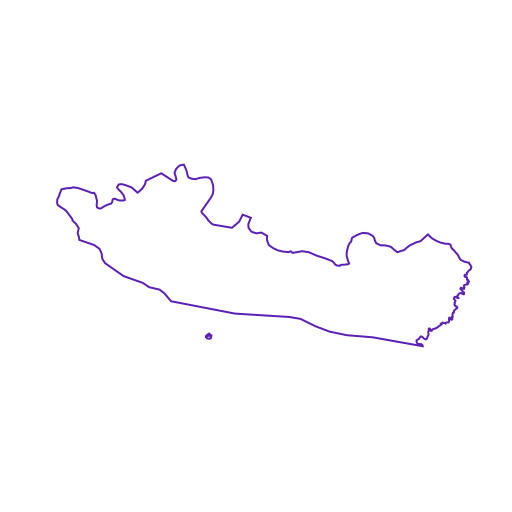 Tartous, Tartus, Syria (Equal Earth projection), rotated 296°
{"feature_id": "27442178B78381061793998", "entity_name": "Tartous", "entity_type": "district", "adm_level": 2, "iso_a3": "SYR", "parent_name": "Syria", "parent_adm1": "Tartus", "projection": "equal_earth", "projection_center": [36.016, 34.849], "detail": "fine", "context": "isolated", "style": "outline", "palette": "violet", "viewbox_px": 512, "rotation_deg": 296, "n_neighbors": 0, "source": "geoboundaries", "source_scale": "gbopen_adm2", "svg_char_len": 6001}
<svg xmlns="http://www.w3.org/2000/svg" viewBox="0 0 512 512"><g transform="rotate(296 256 256)"><path d="M350.8,401.1L341.8,397.5L340.9,396.8L338.4,393.9L332.9,389.5L329.3,387.8L326.0,386.4L324.9,384.9L321.4,381.5L322.2,377.4L323.3,373.7L323.0,370.5L321.9,366.8L320.2,363.3L320.2,358.5L321.9,356.2L324.3,354.1L325.3,351.8L325.5,346.9L323.6,341.9L321.5,339.7L319.1,337.6L314.9,334.6L313.9,334.4L310.8,335.2L308.5,334.5L305.4,334.5L299.3,335.8L295.9,337.4L292.9,340.0L290.0,343.0L289.0,342.4L286.6,338.7L285.3,336.2L283.8,335.5L282.9,332.5L283.1,330.8L283.9,329.4L284.8,326.8L284.2,319.2L282.9,310.1L282.6,301.9L280.5,295.3L278.5,292.6L274.8,287.4L275.5,285.2L273.7,283.5L271.7,278.0L270.6,272.8L270.6,267.9L271.4,262.8L275.3,258.7L279.0,257.2L279.4,250.6L276.6,246.5L275.9,242.4L276.0,240.8L278.1,236.9L281.3,235.1L288.1,234.6L287.3,225.9L285.4,225.9L279.6,225.8L275.5,224.1L270.8,222.0L265.5,203.9L265.6,201.9L267.0,197.8L268.9,194.4L271.1,188.5L272.2,187.3L288.0,189.8L292.2,190.1L296.4,188.9L301.1,186.2L305.2,182.0L305.7,178.9L304.4,175.6L301.5,171.1L298.5,167.9L297.2,164.2L297.0,161.2L297.7,159.9L302.7,155.7L306.5,151.1L305.3,149.4L303.8,147.6L301.3,146.7L299.0,146.0L297.0,146.2L295.4,146.2L294.5,146.8L291.5,149.6L289.9,150.9L288.4,150.8L287.7,150.3L287.1,148.5L288.8,134.6L275.3,124.0L271.9,124.8L267.2,124.3L263.0,122.8L261.0,121.7L263.1,114.2L262.5,107.6L261.7,103.7L260.2,101.4L258.3,101.0L256.8,101.0L255.6,103.0L254.4,106.7L252.6,110.3L250.0,112.9L248.9,113.5L248.0,112.7L246.9,111.0L245.8,107.9L245.6,105.9L245.8,104.8L245.0,102.9L243.9,102.4L242.6,102.8L241.4,103.0L239.8,103.0L236.7,99.8L233.4,97.3L231.1,96.0L230.3,95.1L229.9,93.6L230.0,91.8L232.0,90.4L235.9,89.0L238.1,87.0L240.4,85.2L241.8,82.8L240.7,80.9L240.4,77.0L239.0,65.7L238.3,63.9L237.6,61.6L235.7,59.5L234.4,56.9L230.7,51.9L225.7,52.3L223.7,52.7L219.8,52.6L216.6,53.9L215.0,55.3L214.4,58.6L213.8,63.7L213.2,66.0L208.6,74.8L207.4,75.6L205.9,80.3L203.3,84.5L198.3,85.7L195.8,88.2L193.0,90.2L194.9,105.7L193.9,112.1L190.6,116.1L186.1,119.1L183.4,123.5L179.9,145.8L182.2,166.1L181.1,173.5L183.5,184.0L182.3,190.0L178.1,199.5L195.0,262.3L215.8,312.7L219.0,323.6L218.9,340.0L220.3,355.4L224.6,372.3L234.0,396.3L248.0,445.4L248.6,445.0L249.0,444.5L249.2,443.7L249.1,443.0L248.6,441.6L248.1,440.7L248.2,439.4L248.7,438.4L249.2,438.1L249.6,437.8L250.2,437.4L250.8,437.4L251.3,437.6L251.7,437.9L252.2,438.4L252.9,438.8L253.6,438.9L254.4,438.9L256.0,439.5L256.2,440.0L256.2,440.8L256.0,441.7L255.5,442.9L255.4,443.6L255.5,444.9L255.6,445.3L256.0,445.7L256.7,445.7L257.3,445.7L258.5,445.6L259.4,445.5L259.9,445.7L261.3,445.4L262.3,444.7L262.8,444.3L263.5,444.0L264.5,444.0L265.0,443.9L265.4,443.8L265.8,443.7L265.9,443.3L266.5,443.2L266.8,443.4L266.9,443.7L266.9,444.1L266.5,444.5L266.3,445.0L265.8,445.2L265.4,445.3L265.4,445.9L265.6,446.5L266.2,446.8L267.1,446.8L267.5,447.0L268.0,447.3L268.5,447.7L269.2,448.8L270.0,449.3L270.9,450.1L271.5,450.3L272.3,450.9L273.2,451.1L274.2,451.8L274.6,452.1L275.9,452.7L276.0,452.4L276.3,451.9L277.0,452.5L277.9,452.9L278.1,453.3L278.1,454.3L278.5,455.2L278.8,455.6L278.8,455.8L278.6,456.0L279.1,456.2L279.7,456.3L279.9,456.6L280.3,457.1L280.5,457.6L280.6,458.0L281.1,458.2L281.5,458.2L282.7,457.9L283.5,457.2L285.2,456.7L285.5,457.0L285.5,457.4L284.7,458.5L284.4,458.8L284.4,459.1L284.4,459.6L284.7,460.0L285.3,460.1L285.7,460.0L286.1,459.6L286.4,458.9L287.0,458.8L287.3,459.1L287.4,459.4L288.0,459.3L288.2,458.9L288.8,458.6L290.6,458.0L291.2,457.9L291.6,458.1L291.8,458.6L292.2,458.6L292.7,458.4L293.2,458.0L293.6,458.0L294.1,458.2L294.6,458.3L296.2,459.0L296.8,459.4L297.2,459.6L297.7,459.6L298.1,459.5L298.2,459.0L298.6,458.6L298.4,458.2L298.4,457.9L298.2,457.6L298.2,457.4L298.3,457.2L298.6,456.9L298.8,456.5L299.2,455.8L299.4,455.6L300.2,455.6L300.6,455.4L301.0,454.9L301.8,454.9L302.2,455.1L302.9,455.1L303.2,454.7L303.8,453.7L303.8,453.2L304.0,452.8L304.6,452.5L305.2,452.4L305.6,452.4L306.2,452.5L306.6,452.8L306.7,453.4L306.5,453.6L306.6,454.1L306.7,454.8L306.6,455.5L306.6,456.0L307.0,456.4L307.3,456.1L307.3,455.3L307.8,454.5L308.8,454.4L309.3,454.7L309.8,454.9L310.4,454.8L311.1,454.9L311.6,455.3L311.9,455.7L312.3,456.0L312.7,456.7L312.7,457.1L312.4,458.2L312.5,458.8L312.5,459.1L312.8,459.6L313.1,459.6L313.9,459.2L314.3,459.1L314.4,458.9L314.4,458.5L315.0,457.0L315.8,454.8L316.1,454.1L316.6,453.9L317.3,454.1L317.3,454.7L317.4,455.3L317.6,456.0L317.5,457.0L317.5,457.3L317.8,457.3L318.1,457.3L318.5,457.1L319.1,457.1L319.8,456.2L320.8,455.8L321.4,456.3L321.8,456.6L322.2,457.1L322.9,458.2L323.2,458.5L323.7,458.7L324.1,458.7L324.2,458.0L324.3,457.7L324.8,457.6L325.2,457.6L325.7,458.6L326.3,458.6L327.3,457.3L327.4,457.0L327.1,456.3L327.4,455.9L328.4,455.5L329.3,454.8L329.3,454.2L329.1,453.9L328.9,453.3L329.2,452.5L329.5,452.1L330.4,451.9L330.8,452.2L331.2,453.0L331.7,453.6L332.1,453.5L333.0,452.9L333.6,453.0L334.7,453.4L335.4,453.5L336.4,453.8L337.3,454.4L338.0,454.7L338.8,454.7L339.8,454.4L340.6,454.4L340.8,454.2L341.4,453.4L342.0,452.4L342.1,451.9L342.8,451.0L343.3,450.5L343.1,449.9L342.3,445.9L342.2,444.0L342.2,442.3L342.9,440.3L345.7,436.6L346.4,434.7L347.9,431.3L348.6,428.8L349.8,427.3L351.4,425.9L351.4,423.9L350.1,420.9L349.0,416.4L348.7,412.0L348.7,410.9L349.0,406.5L350.2,402.5L350.8,401.1ZM162.4,246.2L161.6,246.3L161.2,246.5L161.0,246.8L161.0,247.2L160.9,247.4L160.8,247.6L160.7,247.8L160.6,248.0L160.6,248.3L160.6,248.6L160.7,248.8L160.9,249.2L161.0,249.4L161.0,249.7L161.0,250.1L161.1,250.3L161.2,250.5L161.4,250.7L161.7,250.8L161.8,250.8L162.0,251.0L162.2,251.4L163.7,251.1L165.1,250.7L165.0,250.0L165.2,249.5L165.3,249.1L165.4,248.8L165.2,248.9L164.9,249.2L164.3,249.3L164.1,249.3L163.9,249.3L163.8,249.1L163.7,249.0L163.6,248.7L163.5,248.4L163.6,248.2L163.9,247.9L163.4,247.9L163.1,247.8L162.8,247.6L162.5,247.4L162.4,247.1L162.2,246.9L162.3,246.5L162.4,246.4L162.7,246.5L162.8,246.6L163.5,246.9L164.2,247.2L164.5,247.5L164.8,248.2L165.0,247.8L164.8,247.4L164.6,247.2L163.7,246.7L162.4,246.2Z" fill="none" stroke="#5b21b6" stroke-width="2"/></g></svg>